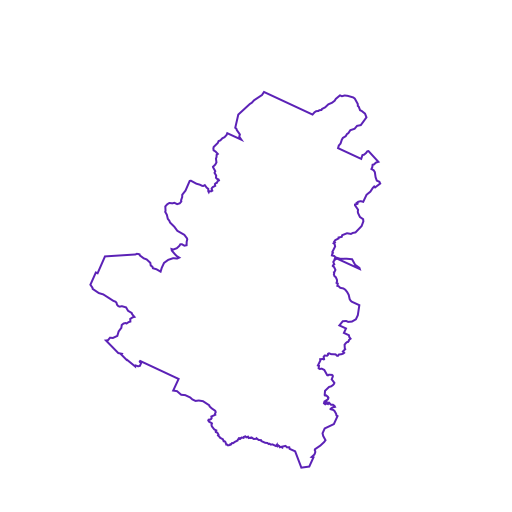 outline of Gore District, Southland, New Zealand, rotated 24°
{"feature_id": "76426892B13163294507058", "entity_name": "Gore District", "entity_type": "district", "adm_level": 2, "iso_a3": "NZL", "parent_name": "New Zealand", "parent_adm1": "Southland", "projection": "equal_earth", "projection_center": [169.017, -46.045], "detail": "fine", "context": "isolated", "style": "outline", "palette": "violet", "viewbox_px": 512, "rotation_deg": 24, "n_neighbors": 0, "source": "geoboundaries", "source_scale": "gbopen_adm2", "svg_char_len": 6138}
<svg xmlns="http://www.w3.org/2000/svg" viewBox="0 0 512 512"><g transform="rotate(24 256 256)"><path d="M287.1,75.7L282.2,72.0L280.3,71.6L274.6,72.4L271.7,73.3L269.5,75.1L267.4,75.1L265.0,80.0L264.7,82.2L263.1,85.1L260.4,88.0L258.7,92.1L256.5,94.8L256.4,96.0L254.5,97.1L254.1,98.1L252.1,99.2L251.0,100.9L250.1,103.8L196.6,102.9L196.0,106.5L190.9,114.5L189.8,117.8L188.6,119.5L182.3,134.0L184.9,147.3L186.4,147.8L187.3,148.8L191.8,151.5L192.2,153.8L195.3,155.7L179.8,155.5L179.9,157.4L178.9,160.3L177.4,162.1L176.4,164.9L175.1,166.2L175.1,168.3L173.0,173.6L173.3,175.1L174.3,176.7L176.5,177.0L179.6,178.3L178.9,179.6L179.7,181.7L179.8,183.3L181.8,186.6L181.6,189.1L180.4,192.0L180.7,192.4L184.3,195.1L184.3,196.9L186.9,198.7L187.6,200.8L189.0,201.4L190.6,201.3L191.4,202.0L190.5,203.2L190.5,205.1L189.6,205.9L189.2,207.0L190.2,208.5L188.5,210.6L188.1,211.8L188.1,212.7L189.5,214.1L188.8,215.1L186.9,215.9L186.9,216.9L186.1,216.3L185.1,214.1L183.1,213.6L180.4,212.1L179.3,213.5L178.3,213.8L175.6,213.7L172.1,214.2L165.9,213.7L164.9,214.4L165.0,225.0L163.7,230.0L164.6,232.2L164.9,235.6L165.6,236.6L164.9,238.9L162.9,240.7L159.8,240.6L158.2,241.9L155.3,242.8L153.9,244.8L153.0,247.6L155.0,251.6L155.1,252.6L157.8,254.6L160.3,257.9L162.4,259.0L163.9,260.4L169.5,262.5L173.9,265.0L181.9,265.8L185.7,267.9L186.4,268.7L186.9,271.3L188.2,274.4L186.4,275.7L183.5,275.4L182.1,276.1L181.9,277.8L180.5,281.1L177.7,283.8L176.0,284.0L176.9,285.3L181.1,287.3L183.6,288.3L186.5,288.7L185.0,290.4L181.2,291.7L177.4,295.2L174.8,299.7L174.7,305.1L175.2,309.1L170.5,308.6L166.8,309.1L165.7,307.9L163.7,307.5L162.2,305.2L157.5,303.6L154.4,303.8L149.6,302.7L149.0,301.9L147.9,302.0L146.2,302.5L145.3,303.6L118.2,317.8L118.3,336.2L116.4,336.2L116.4,349.6L119.5,351.5L120.2,352.5L127.5,353.8L132.1,353.2L143.9,355.0L146.3,354.9L147.6,355.5L148.8,357.0L150.6,357.8L152.1,357.7L153.9,356.4L158.2,355.8L161.4,358.1L165.6,358.6L166.6,359.6L169.7,361.1L168.3,362.2L166.7,364.6L167.9,367.0L166.5,368.2L165.2,370.3L164.1,370.3L162.5,371.5L161.4,373.6L162.2,376.4L161.2,380.7L161.8,385.4L158.6,389.1L155.9,390.0L155.0,393.2L153.3,394.2L169.7,400.7L173.2,399.9L173.0,400.8L180.2,403.6L180.4,403.3L190.4,406.0L190.1,405.4L190.3,405.0L193.2,404.7L194.6,403.6L194.6,400.0L193.0,400.0L192.7,399.6L192.9,399.0L235.3,399.8L235.1,412.6L238.8,411.6L244.1,413.2L247.9,411.9L253.4,412.0L256.1,412.9L259.7,413.0L262.5,411.3L266.6,410.2L274.0,411.4L274.8,412.3L277.5,413.2L281.7,414.0L282.7,415.0L282.7,416.8L283.4,417.6L280.5,420.8L281.4,422.1L281.3,423.1L280.7,424.0L279.3,424.8L279.3,425.7L280.6,426.5L283.6,426.7L283.9,426.9L284.0,428.4L285.0,429.6L288.4,431.4L290.6,431.5L290.5,432.6L290.9,433.2L292.5,433.1L294.5,434.6L294.3,435.4L296.4,436.1L296.8,436.6L300.3,436.9L301.8,438.4L302.7,438.0L303.6,438.3L305.6,440.4L306.4,440.0L307.4,440.4L309.0,439.3L309.1,438.4L309.8,438.3L310.2,436.6L311.3,436.2L312.2,434.5L314.2,432.1L314.1,430.9L315.2,430.0L314.7,429.3L315.5,428.9L316.1,429.2L316.7,427.7L318.6,427.2L318.5,426.2L319.6,425.1L320.9,425.6L322.2,424.3L323.3,425.3L325.3,423.9L325.4,424.3L326.6,423.7L328.2,424.1L330.5,423.0L330.6,422.3L333.2,423.0L335.5,422.2L336.2,422.9L340.4,422.9L342.4,422.2L344.1,422.6L344.7,422.0L346.2,422.3L347.7,421.4L351.4,421.5L351.8,420.1L352.2,421.0L352.9,421.1L352.8,420.2L353.1,419.9L353.8,420.3L354.4,420.1L355.6,421.0L356.4,420.2L357.9,420.3L357.6,419.4L360.2,417.5L362.2,418.2L364.2,417.2L365.2,418.5L371.2,418.5L383.5,430.9L390.3,426.7L390.4,416.6L388.6,417.0L390.1,413.6L390.0,411.4L389.5,410.2L388.6,409.4L388.5,408.5L391.9,403.0L393.9,398.3L394.4,396.0L390.6,393.1L388.9,390.9L388.9,385.6L395.5,377.9L395.6,369.1L394.3,368.9L393.4,367.6L390.7,365.6L389.2,365.2L386.4,365.6L386.3,365.3L387.5,363.2L389.5,361.7L388.6,361.0L386.7,360.6L385.1,361.4L382.6,360.4L382.6,361.0L381.8,361.0L382.1,361.5L382.0,362.0L380.6,361.9L379.6,363.3L378.0,362.9L377.8,361.6L378.8,361.6L379.1,361.1L379.3,360.1L378.5,359.9L380.0,357.7L379.9,356.2L379.3,356.1L379.0,355.4L376.7,354.8L376.0,355.4L375.3,355.1L373.9,351.1L376.0,345.9L377.7,344.5L378.9,342.4L379.3,340.9L379.2,340.0L375.3,337.9L375.2,334.9L374.7,334.0L373.8,333.7L370.9,334.8L370.3,335.8L369.5,335.9L364.7,332.3L361.8,332.2L360.2,333.3L358.9,333.1L358.2,330.7L357.1,330.8L357.3,325.3L356.6,324.2L358.9,322.9L360.0,322.9L360.2,322.6L358.8,320.6L359.2,319.0L361.5,318.2L362.0,317.0L361.6,316.0L362.3,315.2L364.6,315.1L368.7,313.5L370.7,314.2L371.5,313.8L371.8,312.3L374.1,310.9L375.4,309.6L375.9,308.6L374.2,307.9L375.4,304.8L374.7,304.3L373.0,301.0L373.5,299.0L374.4,297.3L375.0,297.1L375.3,296.0L375.1,294.8L376.0,293.1L374.2,292.1L373.1,290.6L367.6,290.5L367.7,285.6L360.4,285.5L361.8,280.3L364.8,278.7L367.0,278.7L370.3,276.9L373.0,273.2L373.1,268.7L370.4,258.9L362.1,258.8L360.8,258.4L359.2,257.4L356.5,253.8L354.0,251.9L351.3,250.5L349.1,250.1L345.9,250.8L343.7,250.0L342.5,250.2L341.9,247.9L340.5,247.8L340.3,246.0L339.5,244.7L337.5,242.9L335.9,242.5L334.6,241.1L334.5,240.1L333.8,239.2L334.2,238.6L334.2,236.4L331.9,234.4L330.2,233.9L330.1,233.3L330.9,231.8L329.1,230.1L329.0,229.5L329.5,227.9L329.1,227.3L329.9,226.6L329.2,226.2L329.0,225.4L356.1,225.7L355.3,224.8L350.1,223.7L345.1,219.9L340.0,221.6L334.1,224.3L329.3,224.9L327.5,224.2L325.1,224.6L324.8,222.9L325.0,221.8L324.1,221.3L324.4,215.1L323.0,213.2L321.7,212.8L322.5,211.5L321.6,211.1L322.0,209.2L324.3,206.4L323.9,205.5L326.5,203.7L326.3,201.9L329.9,198.2L333.8,197.2L335.0,195.6L337.3,194.0L340.3,185.7L340.0,180.7L338.9,178.8L335.1,178.1L331.8,175.3L331.0,174.2L330.4,172.2L325.8,169.4L325.5,168.7L327.5,167.1L327.4,166.6L326.5,166.4L327.3,164.9L329.4,163.3L331.9,162.9L332.1,155.0L334.3,150.7L335.0,146.3L335.7,144.4L336.9,144.9L340.0,139.3L338.5,138.0L335.7,138.0L333.2,135.4L330.5,131.1L328.6,129.8L326.1,129.6L326.1,127.6L325.4,125.2L326.6,124.3L327.5,122.0L329.5,120.2L316.1,114.4L315.1,115.1L314.6,117.2L313.5,119.5L312.2,120.5L312.6,124.5L287.1,124.1L286.7,121.4L287.5,118.9L287.1,114.9L287.3,112.8L289.2,110.1L289.5,107.6L290.4,106.2L291.0,102.7L294.3,99.7L295.4,96.0L298.5,93.8L300.5,84.4L297.7,81.6L293.5,80.5L291.8,80.5L289.1,77.8L288.0,77.5L287.1,75.7Z" fill="none" stroke="#5b21b6" stroke-width="2"/></g></svg>